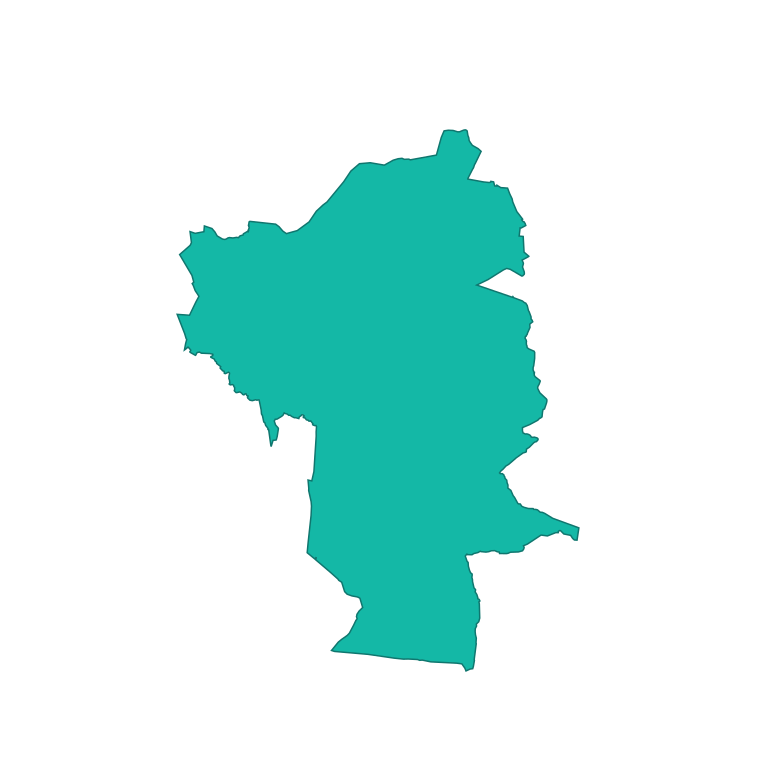 Time nor, Rogaland, Norway (Albers equal-area conic projection), rotated 23°
{"feature_id": "86288312B70741506044896", "entity_name": "Time nor", "entity_type": "district", "adm_level": 2, "iso_a3": "NOR", "parent_name": "Norway", "parent_adm1": "Rogaland", "projection": "albers", "projection_center": [5.769, 58.707], "detail": "fine", "context": "isolated", "style": "filled", "palette": "teal", "viewbox_px": 768, "rotation_deg": 23, "n_neighbors": 0, "source": "geoboundaries", "source_scale": "gbopen_adm2", "svg_char_len": 6170}
<svg xmlns="http://www.w3.org/2000/svg" viewBox="0 0 768 768"><g transform="rotate(23 384 384)"><path d="M571.6,616.1L574.6,612.8L576.9,611.4L576.6,608.9L575.2,603.0L574.7,602.4L570.4,587.1L569.7,586.0L568.3,581.9L566.2,579.1L564.6,576.2L563.6,573.5L563.8,570.7L562.8,568.9L564.1,565.8L563.6,562.1L557.7,549.2L556.5,547.5L557.0,546.7L557.0,546.2L555.8,545.1L554.2,545.0L553.9,544.1L551.7,541.5L549.1,539.7L549.0,538.7L548.6,537.5L546.5,536.5L542.6,531.1L542.0,529.7L540.3,527.4L540.1,526.2L539.4,524.5L537.4,523.9L535.5,522.1L532.9,518.8L531.1,515.3L529.9,514.9L526.1,510.7L526.1,510.2L526.8,508.2L527.4,508.5L531.7,506.8L533.0,504.9L536.3,502.5L538.0,500.3L538.8,500.4L543.5,498.9L546.0,497.4L547.9,495.6L551.1,494.1L553.7,494.2L555.8,493.7L556.6,494.9L563.1,492.2L564.3,491.4L566.2,489.4L573.3,486.1L576.7,483.4L577.1,481.2L576.9,479.8L575.6,478.4L578.6,475.3L587.6,461.7L593.8,460.0L600.1,453.8L602.5,452.7L602.1,452.1L602.2,451.3L603.2,450.1L604.0,450.1L608.1,451.8L614.9,450.4L618.1,452.5L620.2,453.2L622.7,452.3L619.6,440.3L591.8,441.7L582.5,440.3L579.8,440.3L578.0,441.0L574.5,439.9L572.9,440.1L570.8,440.9L570.0,440.4L565.5,442.2L561.0,442.8L558.5,442.7L556.4,441.2L554.5,441.8L553.7,441.5L548.5,437.4L546.5,436.3L542.4,432.4L538.7,431.4L537.6,428.6L535.8,426.7L534.6,424.6L532.2,423.5L531.6,422.4L530.5,421.7L529.8,420.8L527.9,420.3L526.1,421.1L525.1,420.7L525.7,418.1L526.7,416.3L528.3,411.8L530.2,409.2L534.6,400.2L538.9,393.2L541.2,391.3L541.4,390.7L540.6,388.3L542.5,385.4L544.8,379.6L545.5,378.5L546.9,377.4L547.6,375.1L547.0,374.1L545.8,373.8L543.0,374.2L542.0,374.9L540.4,375.3L538.8,374.2L537.0,373.9L535.0,374.1L533.8,374.8L531.1,374.7L529.7,372.9L528.5,370.0L534.0,364.4L539.7,357.3L540.7,354.7L541.4,354.2L542.3,352.5L540.8,347.6L540.4,345.3L541.5,344.3L541.0,337.9L540.6,336.0L540.0,334.8L539.3,334.3L530.9,331.2L527.2,328.0L526.6,326.5L526.9,323.4L526.7,320.4L526.3,319.9L520.2,318.2L518.8,317.1L518.3,315.6L517.8,315.4L517.9,314.4L516.9,314.2L516.6,313.6L515.8,312.9L514.8,310.5L514.7,308.8L512.7,301.6L510.4,296.1L509.4,295.2L503.6,295.1L501.6,294.6L500.5,292.8L499.9,292.4L498.8,290.3L498.6,289.3L497.7,288.0L495.9,286.7L495.6,285.0L496.2,284.4L496.1,283.7L496.4,282.4L496.2,281.0L496.3,274.9L495.0,272.5L494.9,271.7L496.6,268.6L495.3,267.3L494.0,266.7L493.1,264.7L489.3,260.7L488.3,260.0L485.2,255.8L482.9,254.2L481.3,254.2L479.0,253.5L469.7,253.9L468.5,253.2L468.4,254.0L430.7,256.7L439.0,247.2L449.5,232.1L451.8,229.7L455.3,229.1L468.6,230.8L469.4,230.3L470.2,228.3L470.0,227.3L469.2,225.9L465.8,222.2L465.3,218.8L464.9,218.1L462.7,216.0L467.1,210.5L467.4,209.8L461.4,207.9L454.5,193.8L450.6,195.0L448.3,187.1L449.3,186.8L452.6,182.7L451.2,181.1L449.4,179.9L448.7,180.2L446.6,179.1L447.2,178.1L438.9,173.4L431.4,166.1L429.6,163.5L425.4,159.8L421.2,155.4L414.7,157.6L410.3,156.9L410.5,157.7L408.5,158.4L405.9,155.1L403.2,155.7L403.3,156.5L402.2,157.4L396.7,159.1L381.1,162.6L380.9,162.1L381.6,152.0L381.9,149.9L381.6,146.4L381.8,145.8L382.5,131.9L378.8,130.6L372.1,129.8L369.6,128.3L367.3,126.7L365.8,124.2L364.0,122.3L361.7,118.6L360.7,118.2L359.5,118.3L358.1,119.2L355.0,122.3L353.3,123.1L348.6,123.6L344.0,125.3L340.4,127.5L340.4,134.7L342.8,152.8L320.6,167.4L319.0,167.3L314.8,169.3L312.4,169.2L309.0,171.1L305.0,174.4L298.8,182.4L284.9,185.7L275.3,190.8L270.3,200.9L267.9,213.5L260.4,238.8L257.9,243.1L254.2,251.4L251.7,264.1L244.2,276.7L235.4,283.7L231.2,282.8L225.9,280.2L221.8,279.2L197.0,286.7L196.5,287.4L196.6,288.0L197.2,290.2L197.7,291.0L197.4,291.1L198.9,292.9L198.9,295.5L199.4,295.6L199.4,297.0L198.7,296.9L195.9,300.7L196.1,301.8L193.6,303.9L192.8,306.2L191.0,306.6L187.9,308.6L184.5,309.6L183.2,310.6L182.3,312.0L181.1,313.1L178.8,313.7L172.6,312.9L168.9,310.1L164.9,308.1L156.9,308.7L158.7,314.2L151.3,319.1L145.9,319.5L151.5,329.1L151.4,332.1L145.3,344.7L164.8,359.1L169.1,364.6L168.2,366.5L169.9,367.8L173.7,371.8L179.4,375.6L178.8,382.0L178.1,396.7L166.4,400.7L180.8,415.5L184.2,419.6L185.0,420.0L185.6,424.3L187.0,430.7L188.5,428.1L188.9,426.9L189.4,426.6L192.7,428.2L193.0,428.7L192.7,430.2L193.1,430.6L199.2,431.3L199.5,430.7L199.5,429.1L199.8,428.0L201.7,426.7L203.8,427.0L211.9,424.0L214.7,423.5L215.1,424.0L215.2,424.9L214.1,426.2L213.9,426.7L214.2,427.1L218.0,427.4L219.7,428.9L221.1,429.2L222.0,430.5L226.9,431.8L226.9,433.3L227.2,433.6L229.0,434.2L230.1,434.9L231.9,434.8L232.9,436.6L234.0,436.4L236.2,433.9L237.3,434.1L237.7,434.6L238.2,437.3L239.0,439.5L240.3,440.9L241.8,443.6L241.4,444.3L241.5,444.6L242.8,444.9L244.8,443.7L246.1,444.0L246.9,445.1L247.8,445.5L248.6,447.2L248.8,448.7L251.0,449.7L251.8,449.5L254.4,447.6L256.5,448.0L258.0,448.8L259.1,448.8L259.5,448.5L260.0,447.4L260.7,446.9L262.4,448.3L263.4,448.0L263.7,448.5L263.6,449.7L264.1,450.2L266.9,451.3L269.3,450.8L272.1,448.6L273.3,448.6L274.4,447.8L275.3,447.5L281.0,455.8L282.9,459.4L284.6,460.8L287.7,465.3L288.3,466.0L289.4,466.2L291.3,468.4L293.9,469.8L294.9,470.6L294.8,471.0L295.2,471.3L295.8,471.3L304.1,485.2L304.5,485.1L303.9,479.2L306.6,477.7L306.6,477.0L306.2,474.1L304.5,467.3L304.2,466.3L303.6,465.7L300.2,464.1L297.5,461.0L297.4,460.6L297.7,459.5L297.6,459.0L299.3,458.1L302.4,453.8L303.2,452.3L303.4,449.6L304.4,449.8L306.4,449.5L308.6,450.0L309.9,449.4L311.4,449.9L314.5,450.1L315.9,449.5L319.1,449.1L318.9,447.3L320.1,445.5L320.1,444.9L320.2,444.6L321.4,444.1L322.9,444.5L323.0,445.0L322.5,445.9L322.9,446.4L324.4,446.1L326.6,447.3L328.5,447.0L329.2,447.5L330.5,447.1L331.0,446.6L334.1,448.4L334.0,448.9L334.7,449.5L336.9,449.3L337.6,448.8L338.5,449.5L340.2,454.5L342.0,458.6L353.7,492.0L355.4,501.4L351.6,502.1L355.5,509.4L356.3,511.5L362.9,520.8L365.0,524.8L368.3,533.7L376.2,559.9L379.2,569.3L388.6,572.1L389.4,569.9L389.8,572.5L408.9,578.5L417.7,581.5L419.1,582.4L422.5,583.0L428.9,590.5L432.2,591.9L437.3,591.6L442.7,590.4L445.2,590.5L445.7,590.8L451.7,598.1L449.8,602.7L449.1,606.6L449.4,607.6L449.5,608.8L451.0,610.6L450.5,612.6L450.3,617.6L449.5,626.9L448.4,629.8L444.8,635.6L442.8,639.4L439.8,649.8L443.0,649.5L474.9,639.1L500.4,632.4L509.3,629.7L513.7,627.7L522.5,624.5L524.8,624.4L527.1,623.2L535.6,621.5L559.9,612.6L565.0,611.2L569.5,614.0L571.6,616.1Z" fill="#14b8a6" stroke="#0f766e" stroke-width="1.5"/></g></svg>